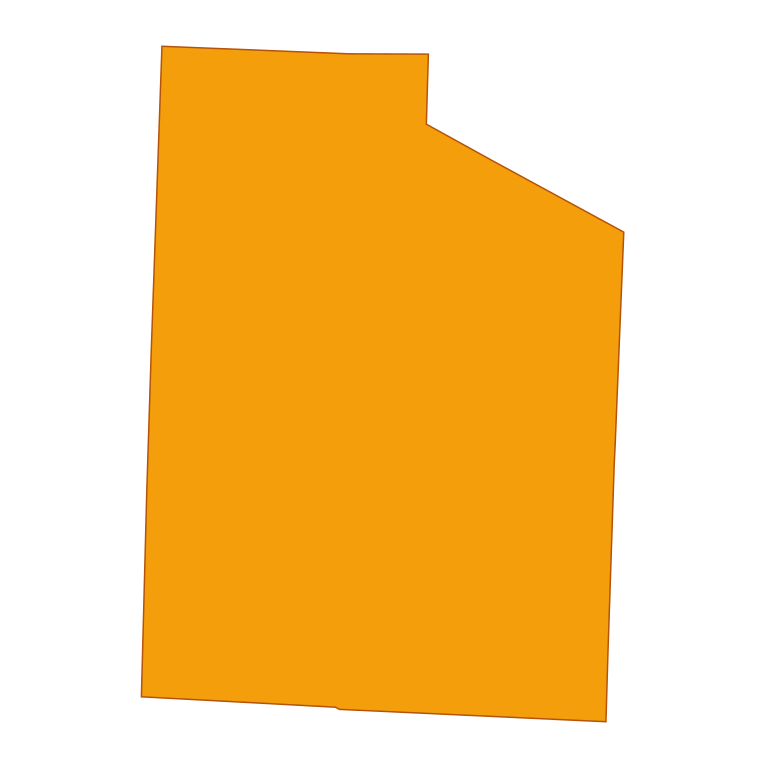 Pulaski, Missouri, United States of America (Equal Earth projection), rotated 181°
{"feature_id": "52423323B5552577354441", "entity_name": "Pulaski", "entity_type": "district", "adm_level": 2, "iso_a3": "USA", "parent_name": "United States of America", "parent_adm1": "Missouri", "projection": "equal_earth", "projection_center": [-92.22, 37.812], "detail": "fine", "context": "isolated", "style": "filled", "palette": "amber", "viewbox_px": 768, "rotation_deg": 181, "n_neighbors": 0, "source": "geoboundaries", "source_scale": "gbopen_adm2", "svg_char_len": 359}
<svg xmlns="http://www.w3.org/2000/svg" viewBox="0 0 768 768"><g transform="rotate(181 384 384)"><path d="M611.9,717.8L617.3,412.7L619.3,273.9L621.1,67.0L427.0,60.0L422.9,57.9L156.2,50.2L155.4,119.2L152.4,308.3L151.8,327.7L146.9,540.0L279.4,609.1L346.2,644.5L345.4,714.6L425.5,713.5L611.9,717.8Z" fill="#f59e0b" stroke="#b45309" stroke-width="1.5"/></g></svg>